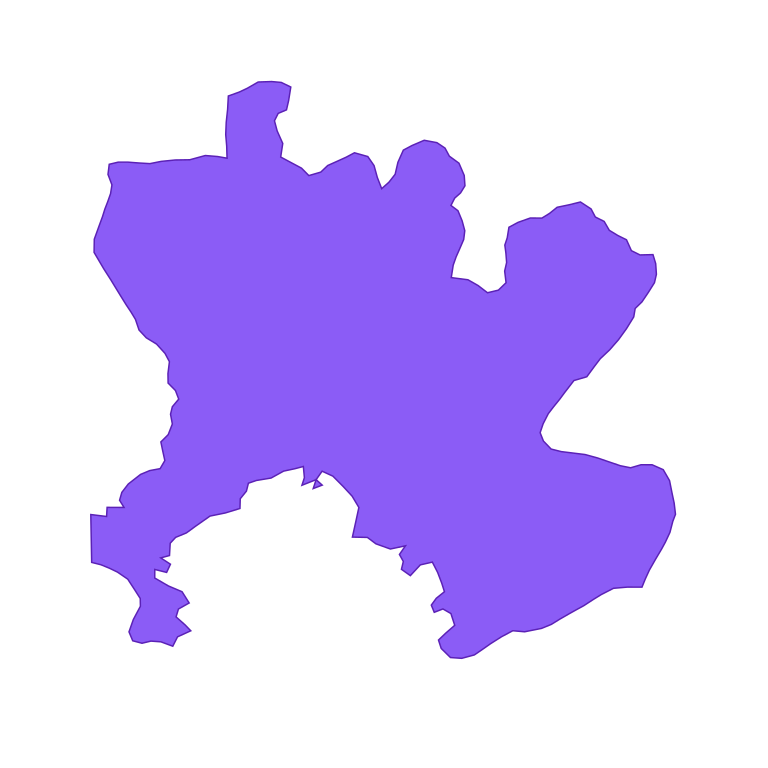 outline of Guaramirim, Santa Catarina, Brazil, rotated 97°
{"feature_id": "56859067B39678699767492", "entity_name": "Guaramirim", "entity_type": "district", "adm_level": 2, "iso_a3": "BRA", "parent_name": "Brazil", "parent_adm1": "Santa Catarina", "projection": "robinson", "projection_center": [-48.939, -26.473], "detail": "fine", "context": "isolated", "style": "filled", "palette": "violet", "viewbox_px": 768, "rotation_deg": 97, "n_neighbors": 0, "source": "geoboundaries", "source_scale": "gbopen_adm2", "svg_char_len": 3469}
<svg xmlns="http://www.w3.org/2000/svg" viewBox="0 0 768 768"><g transform="rotate(97 384 384)"><path d="M487.2,439.7L478.1,434.8L481.7,423.5L490.8,411.9L499.3,401.9L509.6,393.9L524.0,395.2L539.8,396.7L538.3,381.8L543.6,372.6L547.0,357.6L542.0,343.0L551.3,347.9L557.8,343.2L565.8,344.1L571.0,334.5L559.1,325.9L554.9,314.3L564.5,307.8L574.7,302.4L582.8,298.7L590.3,306.0L597.7,310.1L604.5,306.3L600.1,298.1L603.7,289.6L614.9,284.4L623.8,292.4L631.5,298.7L639.5,295.0L647.4,284.7L646.8,273.4L641.9,261.3L634.5,252.9L628.8,246.6L620.5,236.5L613.2,226.1L612.8,214.2L607.4,197.9L602.2,188.6L596.1,181.0L589.4,172.1L584.5,165.4L579.7,158.7L572.3,149.9L566.6,142.8L558.8,131.3L555.9,117.5L554.2,103.2L545.7,100.9L536.3,97.9L524.8,93.1L514.1,88.4L506.8,85.5L496.4,82.1L485.1,80.6L477.8,78.8L466.8,81.5L456.9,84.9L445.1,88.8L435.0,96.4L431.5,108.0L432.8,119.0L437.1,129.0L436.3,139.5L433.6,152.5L431.4,162.9L429.5,175.8L429.5,188.8L429.5,199.8L428.2,210.2L421.2,218.8L413.3,223.1L404.1,221.2L393.4,217.3L386.1,213.0L377.8,207.8L370.9,203.9L357.4,195.9L352.1,183.6L340.9,177.3L332.5,172.4L322.6,164.2L311.4,156.6L299.6,150.1L287.0,144.3L278.4,143.9L271.1,138.0L260.9,132.8L250.5,127.9L241.9,127.0L231.4,129.0L222.8,132.8L224.7,145.6L221.5,154.7L211.3,160.9L208.1,170.0L204.0,179.1L195.8,185.3L192.5,194.6L185.0,199.8L179.4,211.2L183.6,222.2L187.5,233.7L194.4,240.4L200.1,247.5L201.4,259.0L207.2,270.6L213.2,279.1L223.9,279.5L231.4,281.0L239.1,279.0L248.5,277.1L257.2,278.0L268.6,275.2L276.9,281.9L280.8,292.4L274.8,302.6L270.3,313.4L270.2,330.2L257.6,329.8L249.0,327.9L241.1,325.5L230.9,322.5L222.0,322.5L212.6,326.3L203.0,331.7L198.6,339.3L190.9,336.5L185.0,331.3L177.4,327.8L167.2,329.8L155.7,336.5L149.9,346.9L142.4,352.2L138.0,360.9L137.2,373.8L143.9,385.3L149.5,393.3L162.2,397.2L174.5,398.5L183.1,403.7L190.4,410.1L179.8,415.8L168.4,420.5L160.2,427.8L158.1,441.5L163.5,449.2L168.8,457.9L174.0,466.5L181.4,472.6L186.3,484.0L179.8,492.2L175.8,502.6L171.3,514.2L157.6,513.8L145.8,520.9L136.1,524.8L128.3,522.0L123.8,514.2L114.3,513.2L100.6,512.7L97.2,522.7L97.5,532.4L99.6,545.7L107.1,555.7L111.9,563.3L117.1,573.6L130.4,572.7L143.4,572.5L155.7,571.5L167.2,569.1L179.0,567.3L178.5,576.9L179.0,589.2L185.1,604.1L187.1,618.5L190.2,632.3L193.8,643.2L194.5,654.2L195.0,665.2L196.2,674.9L199.4,683.5L209.6,683.5L219.5,678.3L228.4,678.6L237.0,680.5L244.5,682.4L252.2,683.8L262.9,686.3L275.6,689.2L288.7,687.8L303.8,676.2L313.7,668.0L321.4,661.9L329.2,655.7L337.0,649.4L343.5,643.8L350.1,638.6L360.3,633.7L367.1,625.6L372.1,614.6L380.3,605.1L388.0,599.7L400.0,599.7L409.4,598.4L415.9,590.2L424.0,585.9L432.3,591.3L440.0,592.2L449.5,589.2L460.5,592.0L468.7,598.4L477.6,595.4L486.7,592.2L495.3,595.9L498.5,606.0L503.4,614.6L514.4,625.6L523.5,631.0L531.6,632.3L538.2,627.0L540.2,643.8L549.3,643.2L549.3,659.1L596.7,652.4L597.9,642.9L600.3,634.1L603.2,625.6L608.9,614.6L618.0,606.9L626.6,599.8L634.3,598.7L648.3,604.1L661.1,606.9L669.5,602.1L670.8,592.6L667.6,584.0L667.1,574.0L670.0,561.7L660.1,558.1L652.5,545.7L647.4,552.0L640.5,562.0L632.4,560.6L625.1,550.7L614.8,559.1L610.7,573.4L604.5,587.9L596.0,588.9L597.5,576.8L588.9,574.0L583.8,584.4L580.4,576.0L568.1,576.8L561.6,572.1L555.9,562.0L548.4,554.0L536.3,540.6L531.3,525.7L525.1,511.8L515.4,512.7L507.1,507.5L499.0,506.5L495.3,498.9L491.1,484.6L482.7,473.0L478.9,462.0L475.7,454.0L486.7,451.6L494.5,453.1L487.2,439.7ZM487.2,439.7L496.4,441.5L491.9,433.0L487.2,439.7Z" fill="#8b5cf6" stroke="#5b21b6" stroke-width="1.5"/></g></svg>